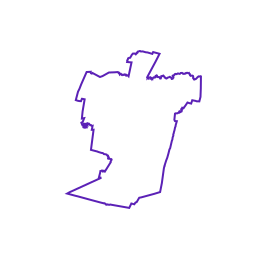 Racari, Dâmbovita, Romania (Robinson projection), rotated 319°
{"feature_id": "2599482B12647526032204", "entity_name": "Racari", "entity_type": "district", "adm_level": 2, "iso_a3": "ROU", "parent_name": "Romania", "parent_adm1": "Dâmbovita", "projection": "robinson", "projection_center": [25.768, 44.664], "detail": "fine", "context": "isolated", "style": "outline", "palette": "violet", "viewbox_px": 256, "rotation_deg": 319, "n_neighbors": 0, "source": "geoboundaries", "source_scale": "gbopen_adm2", "svg_char_len": 5538}
<svg xmlns="http://www.w3.org/2000/svg" viewBox="0 0 256 256"><g transform="rotate(319 128 128)"><path d="M117.4,191.8L128.6,182.0L130.7,180.5L130.8,180.6L132.0,179.7L135.6,177.5L138.1,176.2L141.9,173.7L145.3,171.3L146.4,171.0L152.9,166.3L153.8,165.9L154.5,165.3L155.5,164.4L157.2,163.5L158.0,162.5L159.0,162.0L160.0,161.2L161.6,160.2L163.8,158.5L164.9,158.0L165.9,157.1L169.3,154.9L168.0,153.6L168.0,153.4L168.4,152.2L172.9,148.0L173.6,148.2L174.9,149.3L176.0,149.5L176.4,149.9L176.5,150.0L177.1,149.8L177.4,149.2L177.7,149.1L178.0,149.2L178.1,149.3L178.0,149.7L177.8,150.0L177.7,150.2L177.9,150.4L178.5,150.4L179.0,150.2L179.3,150.6L179.8,150.4L180.6,149.6L180.6,149.3L180.5,148.9L180.5,148.7L181.1,148.6L181.3,148.7L181.3,148.9L181.1,149.1L181.4,149.2L181.6,149.2L181.9,148.5L182.2,148.3L182.5,148.7L183.0,148.9L183.1,149.2L182.8,149.3L182.9,149.5L186.6,148.6L189.6,147.8L190.5,149.3L191.7,151.0L194.7,149.2L196.8,151.9L197.4,153.0L199.3,154.7L203.1,152.1L208.9,145.9L216.9,136.9L216.8,136.6L216.6,136.4L215.2,135.7L215.0,135.3L213.5,135.3L212.3,135.5L211.4,135.5L211.0,135.3L210.1,135.1L209.7,134.8L209.6,134.5L209.7,134.3L210.1,133.8L209.9,133.1L209.9,132.9L210.8,132.2L211.2,131.3L210.9,130.6L210.3,130.1L209.6,129.9L209.4,129.2L209.4,128.8L209.7,128.5L209.8,128.2L210.0,128.0L210.1,127.8L209.9,127.3L210.1,126.5L209.5,126.4L209.0,125.3L208.8,125.1L208.5,124.9L207.3,124.7L207.2,124.6L207.2,124.4L206.8,124.4L206.5,124.4L206.1,124.1L206.0,123.8L205.8,123.6L205.2,123.4L205.1,123.1L205.2,122.9L205.0,122.0L204.3,121.4L203.9,121.1L203.0,121.2L202.2,120.8L202.0,120.3L201.5,119.6L200.9,119.4L200.1,119.3L200.0,119.2L199.2,118.2L198.5,118.1L198.0,118.2L197.8,118.4L196.9,118.2L196.6,118.0L196.0,117.8L195.9,117.9L195.8,118.1L196.0,118.9L195.3,119.8L194.7,119.8L194.2,120.1L193.3,119.8L193.2,119.7L193.4,119.3L193.6,118.6L193.1,116.8L192.2,116.6L191.7,116.3L191.2,116.1L189.8,116.0L189.4,115.8L189.4,115.6L189.2,115.3L189.3,114.8L189.0,114.5L188.8,114.1L189.1,113.6L188.9,112.6L188.8,112.2L189.1,112.1L189.1,111.7L188.6,111.6L188.4,111.4L188.2,111.5L187.7,111.0L187.5,110.9L187.0,110.7L186.9,110.8L186.4,111.4L185.6,111.9L185.2,112.1L184.9,111.9L184.7,111.7L184.9,111.1L184.9,109.9L183.9,109.1L183.7,108.7L183.8,107.9L184.2,107.6L184.2,107.4L183.6,107.6L183.4,107.5L183.5,107.0L183.4,106.9L183.1,106.8L182.8,106.9L182.8,107.3L182.7,107.5L182.2,107.4L182.0,107.7L181.9,107.7L181.8,107.4L181.5,107.5L180.8,107.2L180.7,107.1L180.8,106.9L180.7,106.7L180.4,106.6L179.6,106.7L179.1,106.5L178.8,106.8L178.7,106.4L178.1,106.7L178.2,106.2L177.6,105.8L177.8,105.7L178.3,105.7L178.4,105.3L178.3,105.2L177.8,105.1L178.1,104.8L178.1,104.3L177.9,104.2L177.3,104.0L176.7,103.5L176.0,103.8L176.0,103.7L176.2,103.4L176.0,103.2L175.4,103.2L175.6,103.0L175.6,102.4L176.2,102.1L192.3,96.0L200.5,92.7L196.8,87.2L195.0,88.0L192.8,84.6L192.4,83.9L192.0,83.5L191.0,82.4L189.4,79.9L187.9,78.7L187.6,77.8L187.2,77.5L186.2,77.2L185.6,76.8L185.3,76.9L184.6,77.4L184.4,77.4L184.1,76.9L183.9,76.9L183.4,77.4L182.8,77.4L182.2,77.5L182.1,76.7L181.9,76.2L181.0,75.5L180.7,75.1L180.1,75.1L178.7,75.3L177.8,75.7L176.5,76.1L175.8,76.4L175.5,76.3L174.7,75.7L174.1,75.6L173.7,75.5L172.8,76.2L171.8,76.4L171.6,76.6L171.5,77.1L171.0,77.3L170.6,77.6L173.7,80.8L162.4,89.3L162.4,89.0L162.6,88.3L162.2,88.2L162.0,87.7L161.3,87.6L161.0,87.2L161.5,86.8L161.4,86.2L161.1,85.9L160.6,85.7L160.6,85.4L160.5,85.2L160.4,85.1L159.7,85.2L159.3,84.8L158.9,84.7L158.9,84.3L158.6,83.9L158.3,83.8L158.1,83.8L158.0,83.4L158.1,83.2L157.9,82.9L158.1,82.5L157.5,82.1L157.2,82.1L157.6,81.6L156.9,80.8L156.9,80.6L157.5,80.2L157.0,79.1L156.1,78.4L154.6,77.3L150.0,73.6L142.8,72.1L140.3,71.1L137.3,63.2L136.4,63.2L136.0,62.4L136.1,61.7L136.4,61.1L136.6,61.0L133.5,58.6L121.4,64.3L117.0,66.6L114.1,67.8L106.9,72.7L108.1,74.7L109.0,75.8L110.1,76.9L112.4,75.7L112.6,75.9L114.1,77.9L104.6,85.7L99.4,90.6L101.4,91.8L97.8,93.7L96.3,93.4L95.9,94.4L95.9,94.7L95.6,95.3L95.5,95.7L96.6,95.8L96.8,96.3L97.1,96.4L97.4,96.4L97.4,96.0L97.5,95.9L97.8,96.1L97.8,96.6L97.6,97.1L97.2,97.3L97.0,97.2L96.7,97.0L96.4,97.4L96.1,97.5L96.4,97.9L96.3,98.1L96.0,98.2L95.8,98.2L95.5,97.7L95.3,97.7L95.0,97.8L94.8,98.1L94.8,98.3L95.7,99.6L96.6,99.9L97.3,100.5L97.4,100.4L97.4,100.1L97.1,99.7L97.2,99.4L97.0,99.1L96.7,99.0L97.3,98.7L97.6,98.6L97.8,98.7L98.1,98.6L98.6,98.6L98.2,98.0L98.6,97.8L98.8,97.4L99.0,97.4L99.1,97.9L99.3,97.3L100.4,97.8L100.7,97.9L100.8,98.2L100.8,98.5L100.5,99.1L100.9,99.1L101.4,99.3L101.4,99.5L101.2,100.2L101.4,100.5L101.4,100.9L101.4,101.1L101.9,101.4L102.0,101.6L101.8,101.9L101.4,101.8L102.2,102.4L102.2,102.6L102.1,103.0L102.6,103.2L99.5,105.6L100.1,106.1L100.9,106.7L85.7,120.2L89.6,125.9L89.7,126.3L91.7,129.5L92.3,130.1L92.7,131.0L92.7,131.3L92.7,131.9L93.1,132.3L94.1,133.5L94.4,134.0L94.3,134.8L94.8,135.7L94.7,135.9L94.3,136.1L94.1,136.3L94.3,136.8L94.3,137.3L93.1,137.8L92.9,138.0L93.1,138.4L93.4,138.5L94.0,138.9L94.2,139.9L95.0,140.6L95.0,140.9L94.9,141.1L94.1,141.5L92.8,141.9L92.4,142.3L92.4,142.5L81.9,145.7L81.8,145.3L81.9,144.6L81.8,144.4L81.6,144.3L80.5,144.4L80.4,143.6L80.5,143.4L80.5,143.0L80.2,142.9L79.3,142.7L78.9,142.4L78.0,143.2L73.4,146.4L74.7,147.4L74.5,147.8L42.0,138.2L39.1,137.6L43.8,144.6L45.3,146.7L52.1,156.9L58.1,165.8L60.6,169.4L60.8,169.3L61.0,169.6L61.3,170.8L61.2,171.6L61.6,171.9L62.2,172.0L62.7,172.9L63.1,173.1L63.5,173.7L63.8,173.9L64.4,174.1L65.0,174.9L76.5,189.1L81.0,187.2L82.7,189.7L84.6,189.2L85.6,189.4L85.8,189.6L86.0,189.6L90.7,188.0L90.9,188.1L92.4,189.0L104.6,194.9L110.2,197.4L117.4,191.8Z" fill="none" stroke="#5b21b6" stroke-width="2"/></g></svg>